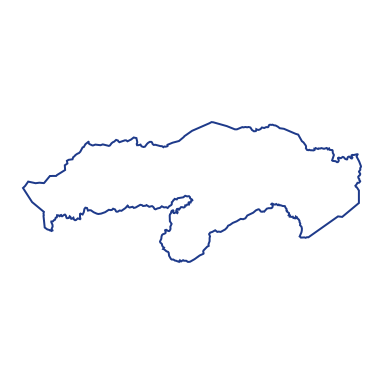 the district of Olanchito, Yoro, Honduras
{"feature_id": "27666195B25086521151184", "entity_name": "Olanchito", "entity_type": "district", "adm_level": 2, "iso_a3": "HND", "parent_name": "Honduras", "parent_adm1": "Yoro", "projection": "robinson", "projection_center": [-86.665, 15.434], "detail": "fine", "context": "isolated", "style": "outline", "palette": "blue", "viewbox_px": 384, "rotation_deg": 0, "n_neighbors": 0, "source": "geoboundaries", "source_scale": "gbopen_adm2", "svg_char_len": 6033}
<svg xmlns="http://www.w3.org/2000/svg" viewBox="0 0 384 384"><path d="M131.1,139.5L127.5,141.3L126.3,140.4L125.0,140.3L119.4,142.2L118.4,141.4L117.9,140.5L116.1,139.9L114.1,141.7L112.9,142.2L111.5,143.3L110.0,145.4L108.9,145.9L102.8,144.4L100.5,145.2L95.3,144.6L93.2,145.4L92.3,145.4L89.3,144.0L88.7,143.2L88.7,142.0L88.4,141.8L85.4,144.2L83.8,147.0L82.6,147.4L80.3,151.7L78.9,153.1L77.4,153.7L75.4,155.1L74.3,156.4L73.2,157.2L72.5,159.3L68.7,159.8L66.9,160.8L67.4,163.5L64.8,165.3L65.1,170.0L56.9,175.1L56.2,175.9L49.9,176.0L44.2,182.9L43.8,183.1L39.4,182.7L35.6,183.2L28.2,181.6L25.1,186.0L23.0,188.0L32.1,202.1L43.9,211.9L43.5,213.5L43.8,215.3L43.5,215.8L44.7,227.5L47.3,229.4L49.5,230.0L49.9,230.4L50.6,230.4L51.4,231.0L52.5,230.5L52.4,230.1L51.4,229.5L52.6,226.6L52.5,224.8L51.3,222.2L51.3,221.5L53.0,221.3L53.9,220.2L55.0,219.7L55.7,217.7L56.8,217.3L57.1,215.2L58.5,215.4L59.5,216.3L59.8,216.2L60.4,215.2L61.1,215.0L61.7,216.2L62.1,216.3L64.4,214.7L65.0,214.6L65.8,215.5L66.5,217.8L67.0,218.2L68.8,218.0L69.7,216.3L70.4,216.9L71.2,218.8L71.9,218.8L73.4,217.7L73.9,219.4L75.1,220.2L76.0,220.0L77.8,218.4L80.0,219.2L80.4,218.8L80.0,217.1L80.0,214.0L80.5,213.6L82.6,214.5L83.8,212.2L84.4,209.0L85.4,207.7L87.0,208.0L88.0,210.6L89.5,210.2L90.9,210.3L93.6,212.2L96.7,213.6L98.3,214.0L101.1,213.6L105.1,212.2L108.8,209.8L110.7,210.1L111.9,209.9L113.1,208.7L115.1,209.5L116.0,211.3L116.6,211.7L117.7,211.7L119.6,210.5L121.5,210.8L125.5,208.0L127.6,205.6L127.9,205.8L128.3,206.9L129.6,207.5L132.6,206.8L133.8,207.9L135.6,207.5L140.3,204.8L142.1,205.2L143.0,206.0L145.7,205.7L146.5,205.1L149.2,206.8L151.5,206.2L152.3,206.2L153.4,207.1L154.6,209.0L155.6,209.3L157.5,208.4L159.9,207.9L161.8,206.3L164.0,207.4L166.2,207.2L167.7,208.0L169.2,206.3L171.3,205.0L171.8,204.1L171.8,202.2L172.6,201.6L173.4,200.2L174.3,199.6L174.6,198.9L176.8,199.4L177.4,198.5L177.8,198.2L183.3,197.3L185.2,195.8L187.1,196.4L189.0,196.2L190.0,197.2L190.1,198.1L190.5,198.6L192.1,199.6L192.4,200.3L192.2,200.5L191.3,200.5L190.7,202.4L189.1,202.2L188.6,202.5L188.6,202.9L189.3,203.6L189.0,204.6L187.2,204.5L186.4,205.5L185.3,205.3L184.7,207.1L183.8,207.5L181.8,207.1L180.9,207.2L179.0,209.7L178.6,209.7L178.1,208.8L177.0,209.0L176.3,210.4L177.6,212.1L177.6,212.6L177.3,213.1L175.8,212.2L174.4,213.1L173.6,213.0L173.0,212.1L173.4,210.8L173.0,210.3L171.8,210.8L171.4,211.4L170.9,213.3L170.0,214.4L169.7,215.6L169.9,221.3L171.6,223.9L170.3,226.8L170.5,228.4L170.3,229.6L169.6,230.7L169.0,231.1L168.1,230.9L166.2,229.8L165.2,230.1L165.1,230.6L165.7,231.7L165.5,233.0L164.7,233.6L162.8,234.3L162.0,235.1L161.5,236.6L161.3,238.8L160.0,241.5L160.3,242.5L161.9,244.0L162.2,245.7L163.3,247.3L164.0,247.6L163.1,249.0L164.1,249.3L166.5,251.3L168.1,251.9L168.7,252.8L169.1,255.8L170.9,258.9L171.7,259.5L173.3,259.5L175.2,260.7L176.0,260.7L177.6,261.4L178.4,261.3L179.1,261.9L179.5,261.6L180.0,260.4L181.1,261.4L183.1,260.2L183.8,260.7L186.4,260.8L187.6,261.8L188.9,261.9L190.1,261.7L194.5,259.2L199.8,255.4L203.4,253.8L203.6,253.3L203.2,251.4L203.5,250.5L207.2,246.7L208.7,245.9L208.5,244.2L209.6,241.2L209.6,237.9L210.0,236.4L209.1,234.1L210.2,232.6L212.3,231.9L215.2,230.3L217.3,231.9L218.7,231.6L220.7,231.9L225.1,229.5L227.0,227.6L228.1,225.7L230.1,224.8L232.8,222.9L236.7,221.3L240.6,218.9L243.2,219.2L245.4,218.3L247.3,215.5L253.2,212.7L256.0,210.3L257.8,209.5L258.7,209.3L259.3,209.6L260.8,211.5L262.1,211.8L263.2,211.4L264.1,211.7L266.8,208.7L268.5,208.2L271.2,208.2L272.2,207.6L272.6,206.8L272.7,205.6L272.5,205.0L271.3,204.2L271.7,203.7L272.4,203.6L274.0,204.5L275.4,204.5L276.2,204.0L277.9,205.2L278.2,205.2L278.8,204.6L280.0,205.4L280.6,205.2L282.7,206.0L284.8,206.1L285.6,207.8L286.6,209.1L286.4,210.2L287.0,210.7L286.8,211.4L289.0,213.1L289.1,214.3L288.6,215.4L289.0,215.6L289.6,215.3L290.0,215.4L289.8,216.7L291.6,216.9L292.8,216.7L293.4,218.0L294.2,217.8L295.0,218.4L295.6,218.3L295.9,216.7L296.5,217.2L297.0,217.3L297.3,218.2L298.8,219.6L299.5,220.9L299.5,222.0L300.3,223.6L300.0,225.1L301.5,226.8L301.9,228.6L301.8,230.6L301.4,232.4L299.7,236.4L300.2,236.6L300.5,237.3L300.9,237.6L304.4,237.4L305.6,237.8L307.0,237.2L308.4,237.3L338.0,216.4L342.2,216.9L358.9,203.0L358.9,190.5L356.8,187.3L355.8,186.7L355.4,185.7L356.3,184.8L357.5,182.8L358.9,182.8L359.7,182.1L360.2,181.2L359.3,180.0L359.3,179.1L358.6,178.3L358.2,176.9L359.0,175.7L359.7,175.4L360.2,174.3L360.2,173.7L359.1,172.0L359.0,171.5L360.3,169.8L360.2,168.1L360.7,167.4L361.0,166.3L359.1,161.3L356.6,156.6L357.6,154.4L357.2,154.2L353.8,155.0L352.3,154.9L351.6,155.3L351.5,155.8L352.4,157.7L351.8,158.5L350.9,158.2L349.5,156.7L348.8,156.6L348.0,157.0L347.6,157.6L347.2,159.3L346.5,159.4L345.2,158.9L343.7,157.2L342.8,156.9L340.8,158.2L338.8,157.6L338.1,157.9L338.0,158.5L338.8,160.2L338.5,161.4L337.8,162.1L336.9,162.1L335.6,161.2L332.8,160.9L332.1,160.4L333.9,155.0L332.8,152.8L332.6,150.5L332.3,150.1L329.6,149.8L329.1,148.4L328.4,148.7L328.1,149.3L327.7,149.4L327.2,148.4L326.7,148.0L324.0,148.8L321.4,148.1L319.9,148.6L318.8,148.4L318.1,149.0L315.5,148.1L315.0,148.9L314.4,148.8L314.5,150.0L313.6,150.4L310.1,150.2L309.2,149.8L308.3,150.2L307.0,149.9L305.9,148.2L306.1,146.8L305.8,145.6L303.5,142.4L301.9,141.2L298.2,134.6L295.6,133.8L283.9,128.8L279.7,128.2L278.0,126.8L275.6,125.5L273.9,125.3L272.6,124.7L271.6,124.9L270.0,124.7L268.9,125.3L268.4,126.8L267.9,127.2L266.2,127.1L264.2,128.0L261.9,127.5L260.5,129.1L258.7,129.9L257.5,129.8L256.3,129.2L256.2,130.3L255.8,131.1L254.0,131.3L252.0,130.0L250.4,127.5L248.6,127.0L247.1,127.3L245.5,127.0L243.2,127.4L242.3,127.1L237.0,129.3L234.8,129.3L226.8,126.1L213.3,122.3L211.5,122.1L209.5,123.2L192.1,130.8L184.4,136.2L183.7,137.1L179.0,141.0L172.6,142.7L167.5,144.8L167.6,146.0L167.4,146.2L165.7,146.7L164.3,146.5L163.4,147.2L162.0,146.2L160.4,146.1L155.5,144.8L153.6,144.9L152.6,144.0L152.0,142.4L151.3,141.9L149.7,141.9L148.2,142.8L147.1,143.8L144.9,146.7L143.5,147.0L141.5,146.3L140.5,144.6L138.8,145.1L137.1,145.2L136.7,144.0L137.2,142.8L137.2,141.7L136.4,138.1L133.7,137.5L131.1,139.5Z" fill="none" stroke="#1e3a8a" stroke-width="2"/></svg>